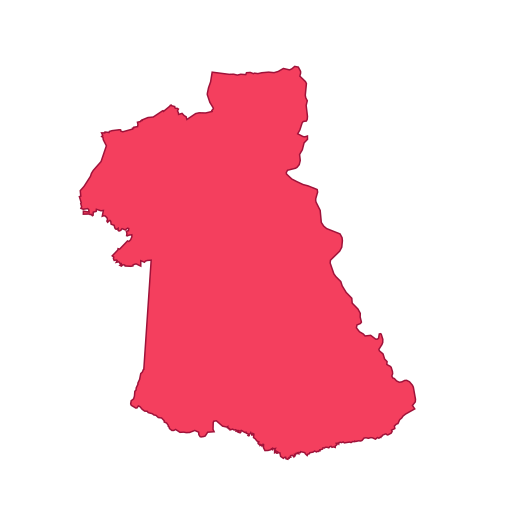 outline of Khao Yoi, Phetchaburi, Thailand, rotated 191°
{"feature_id": "78962969B82781798168468", "entity_name": "Khao Yoi", "entity_type": "district", "adm_level": 2, "iso_a3": "THA", "parent_name": "Thailand", "parent_adm1": "Phetchaburi", "projection": "orthographic", "projection_center": [99.804, 13.23], "detail": "fine", "context": "isolated", "style": "filled", "palette": "rose", "viewbox_px": 512, "rotation_deg": 191, "n_neighbors": 0, "source": "geoboundaries", "source_scale": "gbopen_adm2", "svg_char_len": 5940}
<svg xmlns="http://www.w3.org/2000/svg" viewBox="0 0 512 512"><g transform="rotate(191 256 256)"><path d="M350.8,86.9L349.9,85.6L345.0,83.8L343.8,84.2L342.9,86.4L341.2,86.0L338.5,83.8L335.7,82.5L333.2,82.8L331.9,81.7L327.6,81.4L326.0,80.5L323.8,80.5L321.1,78.8L317.8,79.0L314.7,76.8L314.4,75.5L311.9,75.0L309.9,73.1L309.6,72.0L308.6,71.5L308.0,70.1L305.3,68.7L303.4,69.1L301.8,70.4L297.0,68.4L293.4,69.3L290.8,69.3L287.5,70.1L282.8,73.1L278.7,72.1L278.0,69.7L276.4,68.0L275.4,67.9L272.9,68.8L271.5,69.6L269.8,73.8L263.6,75.5L265.1,77.6L266.2,84.3L266.0,85.7L263.5,86.7L256.4,82.6L252.1,82.5L251.2,83.2L251.1,81.9L250.2,82.0L249.9,81.2L249.0,81.4L248.3,80.3L245.9,81.6L244.3,81.0L242.9,81.6L242.2,81.3L242.2,80.4L241.1,81.0L241.0,80.1L240.4,80.0L239.8,80.5L240.2,81.2L239.6,81.4L239.2,81.2L239.7,79.6L237.8,79.4L237.2,80.4L237.5,81.8L237.0,82.0L233.5,80.7L232.1,81.1L231.7,80.1L230.2,80.1L229.4,79.3L229.7,78.3L228.7,78.1L228.4,78.5L228.9,79.6L227.7,80.6L227.4,81.6L225.9,79.4L225.0,79.8L225.2,81.1L224.1,80.8L223.8,77.3L221.7,76.3L220.0,74.7L217.7,74.0L218.4,73.0L218.1,72.3L216.9,71.6L216.2,71.8L215.9,70.8L214.9,71.6L213.9,70.6L213.2,72.5L212.6,72.4L212.1,69.3L210.1,66.7L207.1,67.4L204.5,68.7L204.1,69.7L202.7,69.0L202.6,69.5L203.2,70.0L202.9,70.6L201.9,70.1L200.2,70.8L200.6,69.0L199.1,68.4L200.5,68.0L200.2,66.5L199.1,67.6L198.4,66.4L197.3,66.6L197.1,67.7L196.1,67.1L195.0,67.3L193.6,64.0L190.5,62.6L189.7,63.7L188.5,64.1L187.9,62.7L185.9,62.5L185.7,63.4L184.9,63.7L185.1,64.5L183.5,65.2L184.1,66.0L183.9,66.7L182.2,67.3L181.2,66.6L180.7,67.3L180.3,66.2L179.6,67.2L180.2,68.6L179.3,68.5L179.1,69.8L178.0,69.8L177.9,70.7L176.2,70.0L176.4,71.3L174.9,71.5L174.8,72.5L170.6,72.3L170.0,71.4L167.7,69.9L167.3,71.4L165.9,72.1L165.6,73.2L162.5,74.4L161.3,75.7L159.2,75.2L158.7,75.8L157.2,76.1L157.0,76.8L156.0,77.1L156.4,77.9L153.9,79.1L153.6,80.5L152.1,80.6L151.4,81.5L149.8,81.8L147.9,81.6L147.3,82.8L146.0,83.5L144.9,82.7L143.5,83.4L141.7,83.2L141.9,84.6L140.5,86.3L141.5,87.4L139.9,87.9L138.9,87.2L138.9,88.7L137.7,89.3L136.5,89.1L135.0,90.1L133.6,89.4L128.7,91.2L127.1,91.0L125.7,92.3L124.0,92.5L123.8,93.1L122.8,92.9L120.2,94.1L117.9,94.4L116.7,95.2L115.2,97.9L113.3,98.6L110.9,98.5L108.7,99.6L107.1,99.8L103.8,99.0L102.1,101.0L100.6,100.6L99.6,101.7L98.8,101.7L98.7,102.8L98.0,103.1L97.3,104.5L94.6,106.2L93.0,105.4L92.2,105.7L89.5,107.9L88.9,109.7L89.7,110.9L86.8,113.1L87.7,115.5L86.2,117.7L84.7,118.6L83.7,122.8L82.1,124.7L81.1,127.0L79.0,129.4L71.0,136.2L73.9,139.1L71.8,143.2L72.1,145.8L76.5,157.2L77.8,159.0L81.3,161.8L84.4,162.7L86.3,162.2L88.8,160.3L91.2,159.4L94.2,160.2L96.8,162.1L98.5,162.4L99.8,164.1L99.4,166.5L100.0,168.6L102.0,172.4L102.9,173.2L106.9,174.5L107.2,177.4L110.1,179.4L112.6,184.1L116.7,186.4L117.6,187.8L115.5,193.1L115.1,195.3L115.6,198.4L118.2,203.2L119.0,203.5L120.1,203.0L120.0,198.7L121.0,197.5L122.6,197.2L128.3,200.0L133.7,198.3L135.8,199.9L140.0,201.4L143.7,204.6L143.8,207.5L140.6,209.7L139.9,211.2L142.1,216.0L142.7,219.6L145.8,223.4L152.6,228.1L153.9,232.8L160.5,237.4L165.7,243.1L167.9,247.1L173.8,251.1L176.2,253.4L181.9,263.3L182.1,266.1L174.8,276.7L173.5,281.0L174.1,287.5L175.0,290.4L177.7,293.7L191.9,296.4L195.2,298.2L198.3,301.4L201.7,313.0L207.4,320.4L208.0,321.9L208.3,323.7L207.7,330.5L208.6,332.9L218.4,334.8L223.3,335.1L230.1,336.8L235.6,338.4L241.7,342.3L242.2,343.7L241.4,346.2L233.9,349.7L232.6,350.9L231.0,353.9L230.8,358.2L232.6,364.0L230.8,369.1L230.4,376.2L227.7,380.4L228.4,383.6L230.8,382.3L232.6,382.2L238.4,383.9L237.0,388.1L236.1,395.6L235.2,397.1L232.3,398.1L231.8,400.0L232.1,402.8L235.5,413.4L235.3,418.2L237.3,420.7L238.3,423.2L239.4,434.9L240.7,436.6L247.3,440.9L247.1,444.1L247.5,445.8L250.5,449.5L254.2,449.5L256.6,446.5L258.6,445.1L264.9,445.3L269.4,441.4L273.3,439.4L278.7,438.9L285.3,437.0L288.9,435.4L292.4,435.2L293.3,434.5L296.7,435.1L300.3,434.1L300.7,432.1L305.7,431.5L308.8,430.0L312.6,430.2L317.0,429.2L334.1,428.1L333.8,418.2L334.7,412.1L334.8,406.3L334.6,405.1L330.6,398.0L326.3,393.3L326.0,392.4L327.2,390.3L326.7,389.5L332.7,386.8L339.2,385.7L342.4,384.3L349.9,376.8L351.2,379.4L353.2,380.0L355.8,381.9L359.0,380.2L359.6,382.0L360.8,383.4L360.2,385.4L361.4,385.9L363.2,385.6L364.0,386.1L364.3,387.2L367.5,387.4L368.1,388.0L368.9,387.5L369.2,386.6L374.4,380.3L375.0,380.9L375.5,380.6L383.4,372.8L388.5,371.3L394.0,367.7L393.7,367.3L394.9,366.7L395.1,366.0L397.9,364.7L397.0,362.6L396.9,360.4L400.5,359.1L400.4,358.5L401.6,357.9L401.3,357.1L410.5,352.5L412.5,352.8L413.0,354.0L414.4,353.8L421.2,351.6L423.7,350.3L423.8,349.2L427.9,348.9L427.9,348.0L431.1,347.4L429.5,345.2L430.3,343.8L429.0,343.5L428.1,341.0L423.9,335.6L426.1,319.2L432.1,308.9L433.3,305.7L433.7,302.6L438.1,291.5L441.0,286.6L439.4,281.3L440.7,280.6L437.7,274.9L438.1,274.1L436.5,271.0L437.0,269.4L434.6,268.9L430.3,270.4L429.1,269.7L428.3,267.3L434.0,267.1L433.5,264.1L427.7,265.4L426.7,265.0L425.7,265.4L424.3,264.3L423.7,264.8L424.1,268.0L421.4,269.3L421.6,271.4L416.8,270.8L414.5,271.6L414.5,265.7L413.3,266.4L411.6,266.5L409.3,264.8L408.6,262.8L409.1,261.9L408.1,260.8L406.5,262.9L406.0,263.0L405.2,262.3L404.3,259.6L401.1,259.0L400.0,256.7L399.0,255.7L397.8,255.7L396.6,256.9L396.2,254.8L395.2,254.4L393.7,255.3L392.7,257.3L389.4,256.7L387.4,258.8L386.2,258.7L386.0,256.5L388.0,255.6L387.0,253.4L386.9,251.3L386.2,251.2L384.7,252.2L382.0,253.2L381.5,251.2L382.2,247.9L383.6,246.0L385.0,246.3L391.2,236.7L392.8,236.9L392.8,235.5L397.2,228.7L395.4,227.8L395.5,226.3L394.4,224.6L392.4,225.4L391.4,225.1L392.0,223.1L389.6,224.1L388.1,222.8L386.9,222.9L386.6,222.3L387.9,220.9L386.2,220.4L385.1,221.9L384.2,222.1L383.1,222.0L382.6,221.2L376.9,222.0L374.9,222.8L374.9,224.0L372.2,225.4L367.2,224.1L368.2,229.4L364.3,228.6L363.6,229.9L361.8,230.9L358.1,231.9L344.5,123.3L344.9,123.0L345.4,120.4L346.7,118.6L346.7,112.7L347.7,108.7L347.4,107.6L348.4,103.8L348.2,101.5L349.1,100.1L348.6,95.2L348.9,92.4L350.9,90.1L350.8,86.9Z" fill="#f43f5e" stroke="#9f1239" stroke-width="1.5"/></g></svg>